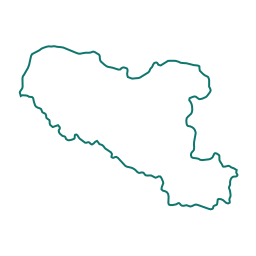 the Administrative Zone of Karnali, rotated 174°
{"feature_id": "NPL-1126", "entity_name": "Karnali", "entity_type": "Administrative Zone", "adm_level": 1, "iso_a3": "NPL", "parent_name": "Nepal", "parent_adm1": "", "projection": "natural_earth1", "projection_center": [82.262, 29.569], "detail": "fine", "context": "isolated", "style": "outline", "palette": "teal", "viewbox_px": 256, "rotation_deg": 174, "n_neighbors": 0, "source": "natural_earth", "source_scale": "10m", "svg_char_len": 4351}
<svg xmlns="http://www.w3.org/2000/svg" viewBox="0 0 256 256"><g transform="rotate(174 128 128)"><path d="M54.3,38.5L56.2,39.2L66.7,44.2L68.6,44.8L70.5,44.4L72.4,43.7L74.2,43.4L77.9,45.1L80.9,44.8L82.6,45.2L83.4,45.8L84.4,47.3L85.0,47.9L85.8,48.0L86.7,47.7L87.5,47.3L88.3,47.0L92.0,46.7L94.0,46.9L95.4,47.7L95.7,49.3L94.8,55.4L95.0,58.2L96.0,60.0L97.6,61.2L99.8,62.0L101.1,63.4L100.7,65.4L98.7,69.4L98.8,70.8L99.4,73.0L100.2,75.2L101.0,76.4L102.7,76.7L104.3,76.0L105.9,75.7L109.8,78.3L111.6,78.6L113.3,78.6L115.3,79.1L116.0,79.8L117.0,81.5L117.7,82.1L119.2,82.4L120.5,82.2L121.8,82.2L123.2,83.1L124.3,84.6L125.7,86.1L127.2,87.3L128.9,88.2L133.1,89.6L134.6,90.6L141.2,99.4L142.7,100.5L143.7,100.5L145.4,99.9L146.3,100.0L147.4,100.7L147.4,101.5L147.0,102.6L146.7,103.8L147.5,105.6L152.8,110.0L154.4,112.6L155.3,113.6L156.4,114.2L157.4,114.6L158.3,115.2L158.9,116.5L160.2,118.4L162.0,117.7L163.9,116.1L165.6,115.4L166.5,115.8L167.7,117.3L168.4,117.9L169.3,118.0L171.2,117.7L172.2,117.9L177.2,122.5L177.9,123.6L179.1,126.1L180.0,126.9L181.3,126.8L181.8,125.7L182.0,124.2L182.4,123.1L183.0,122.8L185.3,122.2L187.4,122.0L188.4,122.0L189.4,122.4L190.6,123.4L190.9,123.9L191.2,125.3L191.5,125.8L192.1,126.3L193.6,126.8L194.2,127.2L196.3,129.4L197.0,130.8L197.2,132.4L196.9,133.2L196.4,133.8L195.9,134.5L195.8,135.8L197.3,138.1L202.8,136.8L205.2,139.4L205.4,141.3L205.2,142.8L205.4,144.1L208.0,146.4L208.2,147.6L208.1,148.9L208.5,150.4L209.5,151.4L210.7,152.0L211.6,152.8L212.4,155.8L213.3,156.6L215.7,157.7L217.2,158.8L218.1,160.4L218.9,164.4L219.1,166.7L219.3,167.7L219.9,168.6L221.0,169.0L223.2,169.4L224.1,170.2L225.1,170.8L228.7,171.5L229.9,171.6L231.3,171.0L231.9,174.7L231.5,175.5L230.7,176.6L229.8,177.5L228.9,178.8L228.5,180.0L227.8,188.1L227.4,189.7L226.9,190.7L226.1,191.5L221.3,198.1L219.8,201.0L216.9,209.7L215.7,211.5L207.9,214.6L206.0,215.8L204.1,216.5L200.0,217.4L198.4,217.5L195.6,217.0L193.5,217.1L192.2,216.9L189.8,216.1L187.4,215.7L184.0,214.8L171.0,207.8L169.2,207.1L168.0,206.9L162.7,207.3L158.2,206.9L157.1,207.0L156.2,207.3L154.7,207.6L153.4,207.2L149.3,204.1L148.8,203.3L148.6,202.2L148.7,200.8L148.7,199.1L148.4,197.8L148.0,196.9L144.6,193.2L143.1,191.9L142.0,191.1L136.9,189.5L131.7,187.2L129.7,187.0L128.8,187.6L128.5,187.9L128.5,188.0L127.7,188.4L126.7,188.7L126.0,188.7L125.3,188.5L123.5,187.7L122.9,187.3L122.6,186.7L122.4,186.1L122.4,185.5L122.6,184.4L122.8,183.6L123.0,182.9L123.2,181.9L123.2,180.9L123.1,179.9L122.8,178.7L118.8,176.7L112.2,176.6L110.9,176.9L102.3,181.0L101.5,181.6L100.8,182.3L99.8,184.2L99.2,184.9L98.4,185.5L97.7,186.2L97.1,187.0L96.6,188.1L95.3,189.7L94.3,190.1L93.1,190.2L92.3,189.8L91.8,189.1L91.3,187.9L91.2,187.9L91.0,187.7L90.6,187.4L88.9,186.8L81.1,190.6L74.1,189.9L72.4,189.3L70.4,188.4L69.1,187.5L67.6,187.1L62.9,186.2L55.8,183.6L52.7,183.0L51.2,182.4L50.6,181.9L50.6,181.2L50.7,180.2L50.6,177.5L48.4,174.7L47.2,173.4L46.1,172.4L43.5,170.7L42.9,170.1L42.5,168.8L42.3,167.1L43.0,160.6L42.3,158.9L42.0,157.9L41.9,156.8L42.3,155.8L43.1,154.7L45.8,151.8L47.2,150.7L50.8,149.5L52.0,149.3L53.6,149.2L54.3,149.4L54.9,149.8L57.1,151.9L58.0,152.3L59.1,152.4L60.6,152.1L63.6,151.2L64.2,149.3L63.2,147.6L62.4,145.6L62.0,143.1L62.1,140.7L62.3,138.6L62.9,136.9L63.8,135.5L67.2,133.0L68.6,131.6L69.2,129.4L69.3,127.7L69.2,125.5L68.8,124.5L68.4,123.9L66.7,123.3L66.2,123.2L64.8,122.5L63.7,121.7L62.7,120.7L61.9,119.4L61.4,117.6L61.2,116.3L61.3,115.5L63.7,107.3L64.1,104.6L64.3,101.3L64.6,100.0L64.9,99.1L65.4,98.6L66.5,97.6L67.2,97.0L67.7,96.3L68.0,95.5L68.2,94.6L68.1,93.4L67.8,92.4L66.9,91.7L65.7,91.3L62.4,90.5L60.9,89.9L59.8,89.0L58.8,88.6L57.2,88.3L50.7,88.4L49.7,88.6L48.8,88.9L47.0,90.0L44.8,93.5L44.2,93.8L43.8,93.8L43.1,93.6L42.3,93.2L40.5,91.7L40.1,90.9L40.1,90.0L40.3,88.0L40.4,86.8L40.2,85.8L39.8,84.9L39.5,84.1L39.1,83.5L38.2,81.6L37.7,79.9L37.4,79.7L36.9,79.5L35.0,79.5L32.1,79.9L31.3,79.6L30.7,79.2L29.6,78.2L28.8,77.7L27.0,76.9L25.1,75.4L24.3,74.9L24.6,74.1L25.0,72.4L24.8,71.7L24.1,70.1L24.2,69.3L25.1,68.6L26.5,68.5L27.9,68.6L29.0,68.4L30.4,67.4L31.4,65.9L32.0,64.2L32.4,60.9L33.5,59.0L33.8,58.0L33.7,57.1L33.2,55.4L33.1,54.5L33.0,50.8L33.3,49.1L34.2,47.6L34.7,46.1L34.5,44.4L34.7,43.1L36.4,42.5L38.0,43.2L41.2,46.5L43.0,47.5L45.2,47.9L46.2,47.5L47.2,43.5L47.6,42.6L48.3,42.2L49.9,41.8L51.1,41.3L51.5,40.4L51.8,39.5L52.4,38.8L54.3,38.5Z" fill="none" stroke="#0f766e" stroke-width="2"/></g></svg>